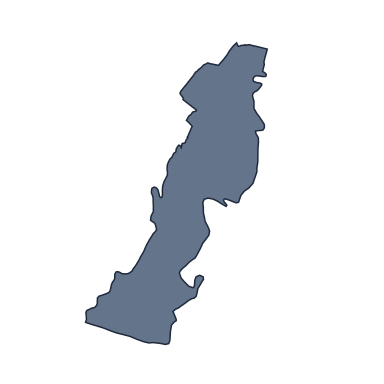 outline of Moskva, Chuy, Kyrgyzstan, rotated 22°
{"feature_id": "92254566B97912896039768", "entity_name": "Moskva", "entity_type": "district", "adm_level": 2, "iso_a3": "KGZ", "parent_name": "Kyrgyzstan", "parent_adm1": "Chuy", "projection": "robinson", "projection_center": [74.071, 42.777], "detail": "fine", "context": "isolated", "style": "filled", "palette": "slate", "viewbox_px": 384, "rotation_deg": 22, "n_neighbors": 0, "source": "geoboundaries", "source_scale": "gbopen_adm2", "svg_char_len": 3650}
<svg xmlns="http://www.w3.org/2000/svg" viewBox="0 0 384 384"><g transform="rotate(22 192 192)"><path d="M224.9,315.8L219.1,309.8L220.8,306.7L222.7,304.8L224.2,302.4L225.8,299.9L227.6,297.1L229.6,293.7L232.0,290.8L233.7,289.7L234.9,287.4L234.5,283.8L233.6,279.3L234.4,274.7L234.7,272.1L235.4,268.7L234.1,266.5L230.4,266.3L227.6,269.0L227.6,272.3L229.5,278.6L228.8,280.4L224.4,280.6L218.1,277.9L214.1,275.8L210.6,271.8L210.7,269.7L211.8,266.5L214.0,262.4L215.5,258.5L218.2,253.9L219.5,252.3L220.0,249.7L220.9,241.6L221.1,235.8L222.8,229.8L223.8,225.7L223.0,221.7L220.5,218.9L215.0,214.1L212.8,210.5L210.4,207.1L208.3,202.1L206.0,197.7L206.1,194.1L209.3,191.6L214.1,190.7L218.5,190.9L223.6,191.8L229.0,192.6L229.3,191.4L228.4,190.6L225.4,189.0L224.3,187.8L224.6,186.4L226.1,185.8L229.3,185.6L232.8,185.6L237.0,185.5L239.0,184.1L238.6,176.9L240.3,171.4L243.1,167.2L245.3,161.1L244.6,149.0L243.1,145.2L241.7,139.4L236.7,126.6L235.1,121.2L233.1,116.8L229.2,113.7L228.1,111.9L229.5,110.7L232.6,109.2L234.5,108.1L235.0,106.1L234.6,103.9L233.4,102.0L225.7,96.7L222.5,94.8L222.4,94.7L218.2,91.4L215.4,84.5L212.9,81.4L212.1,80.2L211.6,78.0L212.5,75.8L214.3,73.8L215.4,71.5L215.6,70.4L216.2,68.7L216.6,66.7L216.0,65.6L214.4,65.5L210.7,66.3L207.8,66.4L206.5,65.2L206.2,63.4L206.5,61.9L207.3,60.8L208.6,59.9L211.1,59.2L214.3,58.5L217.0,57.3L217.1,56.1L216.6,54.9L214.5,54.1L212.4,53.8L211.9,51.3L211.3,46.7L210.0,44.6L209.2,39.4L208.8,35.3L208.2,31.3L206.1,31.6L205.5,31.7L201.3,32.3L201.0,32.3L198.4,32.7L196.9,32.9L195.6,33.1L194.1,33.4L190.8,33.9L190.3,33.8L190.0,33.9L186.8,35.7L186.8,36.0L186.5,35.9L186.0,35.7L185.7,35.8L183.6,37.4L183.3,37.4L182.7,37.6L181.8,38.7L181.1,39.1L180.2,39.6L178.3,37.8L177.5,37.0L176.1,40.0L175.3,42.0L173.8,47.3L173.3,51.2L171.8,56.7L171.0,59.2L169.8,62.3L169.2,64.6L160.7,66.2L158.3,66.4L156.4,68.7L155.3,69.6L154.4,72.0L153.5,74.0L152.4,75.6L151.2,78.7L150.5,79.3L150.1,80.8L149.7,83.4L148.3,88.1L147.4,91.1L146.6,94.2L145.9,96.1L145.1,98.8L144.0,102.3L143.8,104.7L144.5,105.6L149.0,108.4L149.0,109.7L154.6,111.3L161.3,113.2L165.5,114.4L165.4,115.5L162.6,117.7L162.1,120.5L161.0,122.0L160.6,123.1L160.0,127.7L163.5,129.0L167.2,130.8L167.6,131.1L167.4,133.3L167.4,136.7L167.3,139.0L167.3,141.9L167.0,143.0L167.9,143.4L167.1,145.6L167.1,149.1L164.7,150.8L165.4,154.9L164.2,153.9L163.5,153.4L162.2,153.5L161.6,155.5L161.3,158.4L161.9,160.3L161.9,161.1L160.5,163.2L160.5,165.2L160.3,167.3L159.2,169.9L158.9,173.8L159.0,176.3L160.1,179.4L160.7,180.9L161.8,182.8L162.8,185.4L162.7,188.4L162.2,192.8L162.5,196.9L162.9,198.5L163.9,201.6L164.7,203.5L165.6,205.5L166.1,207.7L165.6,208.8L163.8,208.5L161.3,205.0L159.7,202.8L157.1,201.4L155.0,201.7L153.5,203.5L153.9,205.8L154.7,208.0L156.6,210.0L158.2,212.1L159.9,216.2L161.4,219.4L163.6,225.0L163.3,226.4L163.1,229.8L164.2,233.8L168.9,234.8L170.5,236.2L172.3,238.7L173.3,240.5L172.8,242.5L171.7,245.1L171.0,249.3L170.5,251.8L169.7,258.0L169.5,265.6L168.6,271.4L168.4,275.0L167.3,281.6L166.3,285.2L165.9,288.1L163.6,291.4L161.2,292.8L157.9,293.9L154.5,293.5L152.6,293.9L151.6,294.5L151.2,297.1L152.4,300.2L152.9,302.0L152.1,305.5L152.0,307.8L152.5,310.7L153.1,314.3L152.4,316.6L149.7,319.2L146.8,321.8L145.0,323.2L144.0,325.5L145.0,328.5L146.0,331.0L146.0,332.8L145.0,335.6L142.8,337.0L141.0,339.0L138.9,341.2L138.7,343.2L140.8,347.4L142.0,350.0L142.0,352.6L143.0,352.7L150.6,352.2L159.9,351.3L168.8,351.2L175.2,350.9L182.1,349.9L188.5,349.1L196.3,349.2L203.4,348.9L208.6,348.1L211.8,346.4L216.8,344.9L220.6,344.0L224.4,343.3L227.2,341.3L227.1,338.0L225.4,332.7L224.3,329.6L222.8,322.9L224.4,318.9L225.6,317.3L224.9,315.8Z" fill="#64748b" stroke="#1e293b" stroke-width="1.5"/></g></svg>